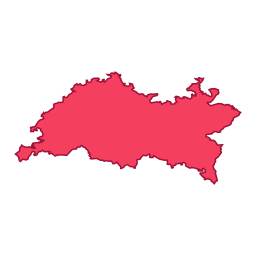 the border of Tatarstan
{"feature_id": "RUS-2394", "entity_name": "Tatarstan", "entity_type": "Republic", "adm_level": 1, "iso_a3": "RUS", "parent_name": "Russia", "parent_adm1": "", "projection": "robinson", "projection_center": [50.981, 55.323], "detail": "fine", "context": "isolated", "style": "filled", "palette": "rose", "viewbox_px": 256, "rotation_deg": 0, "n_neighbors": 0, "source": "natural_earth", "source_scale": "10m", "svg_char_len": 5753}
<svg xmlns="http://www.w3.org/2000/svg" viewBox="0 0 256 256"><path d="M221.3,103.7L224.9,105.3L225.4,105.3L226.0,104.5L228.2,104.8L228.9,104.5L230.5,106.1L232.6,105.9L233.0,106.5L232.3,107.1L232.0,108.7L233.8,107.8L234.4,107.9L234.5,108.9L234.0,109.5L234.8,109.7L236.2,109.1L238.7,111.6L240.6,112.4L239.4,113.9L238.9,115.2L233.4,118.0L233.2,120.0L231.6,121.6L231.3,123.1L230.5,124.6L228.5,125.6L224.3,127.0L223.1,128.7L220.6,130.2L220.5,131.9L217.9,132.4L216.4,131.6L214.9,131.5L212.8,132.6L212.0,133.8L206.2,134.6L206.0,136.6L208.3,137.3L210.0,138.5L210.0,140.0L211.1,139.9L211.6,140.5L213.5,140.3L214.9,141.1L217.7,145.1L222.4,144.8L220.3,148.0L221.1,148.7L221.1,149.7L220.6,149.8L220.4,150.7L221.3,152.0L221.3,152.6L218.1,157.0L215.3,159.0L215.6,161.6L214.5,163.1L214.1,164.6L213.2,166.1L213.6,168.5L215.9,171.3L215.4,173.0L217.3,180.5L215.4,181.8L214.4,183.7L213.7,183.4L213.1,182.3L211.3,181.2L211.1,180.1L210.4,179.5L208.7,179.1L208.0,178.5L205.9,179.5L204.4,179.5L204.3,179.0L204.8,177.6L203.1,177.1L200.1,173.9L200.0,173.3L200.7,172.9L202.7,173.2L203.4,172.3L205.4,172.1L205.4,170.5L203.6,168.3L202.8,168.5L202.0,169.3L202.8,170.3L202.3,171.0L198.6,170.9L198.3,170.4L199.5,170.3L199.7,169.6L193.9,167.8L191.4,167.7L189.8,168.1L186.9,166.6L185.7,165.8L185.5,163.3L183.6,162.4L182.7,162.8L182.3,164.5L181.4,164.9L180.9,164.7L181.3,163.6L180.8,163.2L176.2,163.9L175.6,165.0L172.6,166.2L173.2,167.6L172.0,168.1L171.4,167.4L171.1,165.4L170.5,164.7L169.6,164.2L168.4,164.5L167.2,164.2L167.5,162.6L167.2,160.2L163.8,160.1L159.5,159.1L153.6,155.7L152.9,157.5L150.2,157.5L149.7,157.3L149.8,155.1L149.5,154.1L146.2,155.7L143.0,155.3L141.1,157.4L140.0,159.3L137.2,159.6L136.8,161.4L137.2,162.4L136.8,164.4L135.3,166.5L135.1,168.1L134.1,168.1L133.7,167.1L133.0,166.7L130.8,166.7L127.2,164.6L125.4,165.3L123.6,167.3L121.1,168.6L120.7,168.4L120.9,167.4L119.9,165.6L118.5,164.4L117.0,162.1L116.3,162.3L115.7,163.2L113.5,163.8L112.9,163.6L111.6,161.3L108.0,161.1L106.6,160.6L104.1,161.2L102.9,160.2L100.7,160.3L96.4,158.4L92.1,158.9L90.3,158.6L91.0,157.4L89.1,155.7L90.3,154.5L88.3,153.0L89.1,152.4L88.2,151.4L87.7,150.0L85.9,148.9L85.4,147.7L83.4,147.1L81.5,145.4L79.9,147.1L77.7,147.0L76.1,149.1L73.7,149.0L72.2,149.5L66.7,155.3L60.6,154.8L57.1,155.2L55.2,156.0L51.5,153.2L49.4,154.0L48.7,153.4L49.8,151.6L44.3,151.7L42.5,150.3L41.1,151.5L39.1,151.6L37.9,152.7L36.9,154.9L34.7,155.5L33.8,154.6L35.0,153.2L34.8,152.1L33.9,151.6L32.2,151.7L30.4,155.0L28.5,156.8L28.1,158.8L26.5,159.9L22.8,159.3L21.7,160.0L20.7,161.5L19.4,160.8L18.4,156.8L17.1,155.3L15.4,154.1L19.6,150.9L19.9,147.6L21.0,146.6L21.7,145.1L23.5,146.5L26.6,147.3L29.5,146.9L31.9,147.8L31.5,146.5L32.2,144.6L33.6,148.1L35.1,148.3L35.1,147.9L33.9,146.8L33.1,143.6L33.2,143.1L38.2,142.6L40.0,141.9L41.1,139.8L40.0,139.7L39.8,138.8L39.2,138.7L38.7,138.9L38.5,139.5L37.6,138.8L37.5,138.1L41.1,136.4L42.4,136.6L43.0,134.4L42.2,132.2L40.7,130.7L40.8,129.1L37.9,127.8L37.1,127.8L36.2,129.0L37.2,130.3L36.9,130.7L36.1,130.6L34.5,129.3L34.1,129.5L34.0,130.7L33.4,131.6L30.6,131.5L31.1,129.2L30.5,127.8L30.6,127.4L35.1,126.6L37.8,122.2L39.7,120.2L43.5,118.7L43.8,118.1L42.9,117.1L42.7,116.3L41.4,116.4L41.5,114.9L42.8,114.0L43.5,112.7L43.9,113.6L44.5,113.8L45.4,112.5L47.9,112.0L51.1,109.5L53.1,108.4L54.0,106.8L53.6,105.1L54.2,103.9L56.7,103.3L58.8,102.3L61.2,102.5L62.9,101.8L63.2,101.3L63.1,97.1L63.4,96.7L64.5,96.5L64.6,97.3L65.2,97.7L67.5,97.1L68.9,94.7L71.6,93.3L72.9,91.3L74.7,91.4L73.4,90.3L71.8,90.1L71.0,89.2L73.6,87.6L74.4,85.3L76.9,83.7L77.6,85.1L78.7,84.9L79.5,83.9L80.4,83.8L81.6,85.3L84.1,85.4L84.7,84.6L85.8,84.7L86.1,84.4L86.5,80.3L87.5,80.4L87.5,81.8L88.0,82.3L90.6,82.2L91.3,81.2L91.5,79.5L94.0,78.3L98.4,78.2L99.1,78.8L99.1,79.5L97.1,80.7L100.4,81.9L101.4,81.9L102.1,81.2L102.5,79.8L104.0,79.4L104.2,80.2L103.4,81.3L104.5,82.0L105.9,81.1L107.5,79.0L110.7,77.7L111.3,75.9L108.1,75.2L107.4,74.5L110.2,74.7L111.3,73.1L112.8,73.0L113.5,73.6L114.6,73.8L115.3,73.2L114.9,72.4L115.5,72.3L118.0,74.0L118.5,75.7L119.1,75.8L119.7,74.7L120.5,74.7L120.6,75.5L119.5,77.5L121.0,79.0L121.0,80.3L122.5,82.7L123.2,83.5L125.0,83.6L124.8,84.3L123.7,85.2L128.3,86.4L129.9,85.3L129.6,83.4L132.2,84.0L133.0,85.2L132.8,86.1L134.0,87.8L133.8,88.4L132.5,88.7L131.9,90.0L135.5,91.5L139.3,94.5L140.9,93.8L143.1,94.1L143.6,94.4L144.1,95.8L146.1,96.0L147.0,96.9L147.7,95.0L148.9,94.5L150.9,94.0L153.1,94.2L157.5,93.8L157.7,94.5L156.9,95.5L153.0,96.5L152.4,97.0L151.1,99.1L149.7,100.1L149.9,101.4L151.1,102.9L157.2,101.8L159.0,102.5L159.8,101.6L160.5,101.6L162.0,104.4L163.5,103.2L166.4,102.2L167.0,100.9L167.6,100.8L168.5,101.4L170.3,101.7L171.0,102.7L170.7,103.5L170.9,104.0L174.4,104.0L175.4,102.4L176.7,102.2L176.9,101.8L175.7,100.2L175.5,99.0L175.7,98.5L176.7,97.9L176.8,97.2L175.6,97.7L175.0,97.2L176.1,96.3L179.0,97.0L180.0,98.2L181.0,98.4L183.9,98.2L184.0,97.9L183.3,97.1L184.1,96.8L186.6,97.4L189.9,99.1L192.0,97.5L191.6,94.8L191.8,94.3L192.4,94.1L192.7,94.9L194.1,95.9L195.6,96.0L196.1,94.9L195.0,94.4L195.8,93.4L194.8,92.4L194.9,91.7L192.6,91.1L191.4,90.4L187.4,90.6L186.8,89.3L187.6,88.2L189.1,88.2L189.4,87.2L192.2,84.4L192.2,83.8L195.7,83.8L197.8,82.9L199.3,81.3L199.0,80.7L195.8,79.4L195.3,78.7L198.3,79.2L198.9,78.9L198.6,77.9L199.0,77.8L202.2,78.7L203.4,78.4L202.6,80.5L198.9,84.7L200.0,85.7L199.0,87.2L200.1,88.2L199.5,89.6L200.9,90.9L200.6,92.0L202.3,91.5L202.9,92.0L203.0,92.7L202.3,93.9L202.5,94.3L205.5,93.3L206.8,95.1L208.3,95.2L209.3,96.3L211.6,96.4L211.9,95.6L211.6,93.5L209.0,89.7L211.0,88.9L214.4,88.6L218.0,89.7L218.4,90.0L218.2,91.6L218.9,92.5L218.3,93.9L216.2,95.1L213.0,99.9L210.2,102.4L207.2,102.5L207.3,103.1L210.3,105.6L211.0,105.7L218.1,103.6L221.3,103.7ZM41.0,142.2L42.6,141.7L43.8,140.3L43.3,139.9L42.9,140.1L41.0,142.2Z" fill="#f43f5e" stroke="#9f1239" stroke-width="1.5"/></svg>